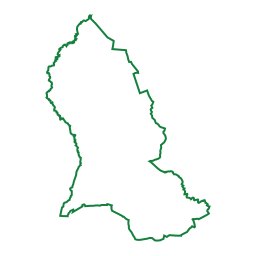 Tancanhuitz, San Luis Potosí, Mexico (Mercator projection)
{"feature_id": "50627088B4540713417928", "entity_name": "Tancanhuitz", "entity_type": "district", "adm_level": 2, "iso_a3": "MEX", "parent_name": "Mexico", "parent_adm1": "San Luis Potosí", "projection": "mercator", "projection_center": [-98.957, 21.641], "detail": "fine", "context": "isolated", "style": "outline", "palette": "green", "viewbox_px": 256, "rotation_deg": 0, "n_neighbors": 0, "source": "geoboundaries", "source_scale": "gbopen_adm2", "svg_char_len": 5657}
<svg xmlns="http://www.w3.org/2000/svg" viewBox="0 0 256 256"><path d="M90.9,16.8L90.5,17.2L90.3,17.0L90.2,16.4L90.6,15.6L90.3,15.4L89.7,15.4L89.1,16.3L88.9,17.4L89.0,18.5L88.7,19.0L85.8,21.0L85.4,21.0L84.2,20.5L83.5,20.5L81.8,22.3L81.4,22.0L80.9,22.1L80.8,22.3L81.1,22.6L80.6,23.8L79.6,23.8L77.4,26.6L77.0,28.4L77.0,29.7L77.5,32.2L78.0,33.8L76.0,34.1L76.2,34.6L76.8,35.0L76.9,35.4L76.6,35.7L75.1,35.9L74.9,36.7L75.7,37.1L75.2,38.6L76.4,39.0L75.7,40.2L74.8,40.0L74.1,40.7L74.0,41.3L74.2,42.1L74.0,42.4L73.5,41.5L72.8,41.5L72.5,41.8L72.6,43.0L72.2,43.2L71.8,42.3L70.8,42.5L70.0,43.2L69.7,42.4L68.7,42.7L67.5,43.4L67.8,43.9L67.6,44.9L67.1,44.9L66.6,45.3L66.4,46.1L65.0,44.6L64.3,44.7L64.1,45.1L63.3,45.5L62.8,46.0L62.6,47.2L60.9,47.8L59.5,48.8L59.2,49.2L59.3,49.5L60.3,49.9L58.2,52.6L57.6,54.1L58.4,55.3L59.5,55.0L59.4,56.3L55.7,57.2L55.7,57.6L56.7,57.2L57.1,57.1L57.5,57.5L57.3,59.3L56.0,59.6L55.3,60.1L55.8,60.9L55.1,61.1L54.7,61.5L54.6,62.4L53.7,63.0L54.1,64.6L53.9,65.4L51.8,65.7L51.0,66.3L50.4,66.5L49.4,66.4L48.7,66.7L48.4,67.6L48.3,70.3L47.8,70.8L47.2,71.9L47.1,72.7L47.4,73.2L48.0,73.3L48.6,73.0L49.1,73.3L49.4,74.3L49.5,76.2L50.1,76.7L50.2,77.3L50.0,78.2L49.0,79.6L48.8,80.4L49.1,80.8L50.2,81.3L51.0,82.3L51.7,82.5L52.0,84.3L51.4,85.5L51.4,86.0L52.1,87.3L51.5,88.3L50.9,88.6L50.4,89.3L50.4,89.9L50.2,90.2L49.1,90.6L49.2,91.0L49.0,91.3L48.5,91.3L47.4,91.9L47.2,92.5L46.6,93.0L46.5,93.7L46.9,94.4L47.1,96.9L46.5,97.4L46.6,97.8L47.7,98.7L49.0,99.1L49.1,99.4L48.8,99.7L49.1,100.3L49.7,100.5L50.3,100.4L50.6,100.7L50.6,102.3L51.0,103.0L51.4,103.0L52.4,102.5L52.5,102.9L52.2,103.5L52.5,104.1L53.0,104.6L53.1,105.1L53.5,105.6L54.3,106.3L54.9,107.3L54.2,109.2L54.1,110.0L54.3,110.6L55.0,110.5L56.5,111.4L56.7,111.6L56.5,112.5L57.5,112.9L57.5,114.1L57.7,114.7L58.1,115.0L58.2,114.7L58.6,114.8L58.9,115.5L59.4,115.5L60.1,115.8L60.2,116.2L59.8,116.9L59.9,117.5L60.3,117.9L60.1,119.3L60.3,119.6L60.6,119.5L60.9,118.5L61.2,118.2L61.7,118.3L62.2,118.9L62.5,118.8L62.6,118.4L63.1,118.4L63.6,119.4L65.0,121.3L65.4,122.2L67.8,123.4L68.3,124.5L70.2,125.9L70.1,126.2L69.6,126.3L70.7,133.2L71.7,134.2L73.2,134.9L74.8,134.8L75.3,135.2L75.1,135.8L74.6,136.1L73.9,136.1L73.7,136.3L73.8,136.6L74.3,136.8L74.4,137.4L74.4,139.0L75.2,139.6L74.8,140.2L74.6,140.8L75.3,140.9L75.4,141.3L74.7,141.8L74.7,142.3L75.7,142.9L76.4,143.8L76.2,145.2L75.8,145.4L78.0,147.7L77.4,148.9L77.3,150.2L77.9,151.0L77.6,151.6L77.7,151.9L77.8,152.1L78.6,152.4L78.7,152.6L78.5,153.0L78.4,153.7L78.9,154.9L78.8,155.7L79.4,156.2L79.7,157.0L80.7,157.7L80.4,158.1L80.8,158.8L80.2,162.0L80.8,163.0L80.4,163.3L80.7,163.9L80.2,164.9L80.4,165.2L80.0,165.3L79.6,166.0L78.7,166.9L78.6,167.5L76.5,171.7L76.1,175.2L73.8,181.6L73.4,183.8L72.5,186.0L72.3,187.3L71.0,187.8L70.4,188.2L70.1,189.0L70.8,190.4L71.8,191.1L71.7,195.3L71.4,195.6L70.8,195.9L70.6,197.3L70.0,197.9L69.5,200.0L68.5,200.3L66.6,202.1L64.3,202.8L63.6,204.0L63.3,206.6L62.0,207.5L60.2,215.8L62.8,216.1L67.6,216.2L67.5,215.6L68.3,214.4L68.5,213.4L69.8,212.0L70.3,211.0L73.3,209.6L73.5,210.1L72.9,212.0L82.4,206.4L82.2,205.7L82.5,204.9L84.2,204.4L84.7,204.8L85.2,206.2L90.2,205.8L93.4,205.8L95.2,205.5L97.7,205.4L100.0,205.7L101.3,205.0L107.0,205.0L107.2,204.1L107.5,204.1L111.8,205.4L111.3,206.4L111.6,207.2L111.4,207.8L111.6,209.3L112.0,210.7L122.2,215.9L122.6,216.6L123.7,216.7L126.2,219.0L128.7,220.1L128.4,221.7L128.4,224.1L128.9,226.0L128.8,227.4L129.0,228.5L129.8,230.1L131.4,232.0L133.3,235.7L134.3,237.0L135.1,239.0L135.4,239.3L137.7,239.9L139.9,239.9L147.1,238.7L149.8,237.9L152.2,238.1L154.9,240.4L157.0,240.6L160.2,240.3L162.1,239.4L163.4,239.0L164.2,235.6L166.8,236.9L169.2,235.3L169.9,235.2L175.5,235.6L181.2,235.7L181.4,234.8L187.0,232.0L189.6,228.5L191.6,227.1L192.1,226.3L194.4,227.3L194.9,226.8L194.5,224.0L193.3,220.3L192.6,219.3L193.0,219.0L194.3,219.2L197.5,218.7L198.7,219.2L204.5,216.2L208.2,214.1L208.9,213.5L207.2,211.0L207.7,209.5L208.6,208.9L209.5,206.5L207.8,206.0L206.9,205.4L207.7,204.3L205.9,202.7L205.5,202.8L204.7,200.2L204.2,200.2L203.5,200.8L203.2,200.6L202.9,201.0L202.0,200.9L201.6,201.1L199.2,202.7L198.5,202.8L198.0,202.3L198.1,199.8L197.9,199.5L194.3,200.3L193.9,199.9L193.9,198.5L193.6,197.8L192.8,197.6L192.3,197.8L191.3,198.9L191.2,199.2L191.0,199.3L190.7,198.7L189.1,197.8L186.8,197.5L186.6,196.8L186.6,195.9L187.3,194.6L187.2,194.0L184.4,194.3L184.4,194.0L184.9,193.1L185.1,192.3L185.0,191.3L184.4,189.9L184.1,189.6L183.6,189.5L184.3,188.5L183.6,188.4L183.7,188.0L182.3,186.5L182.5,185.9L183.1,185.6L182.3,185.0L182.3,184.0L181.8,183.9L182.6,182.4L182.6,181.3L181.0,178.3L180.0,177.8L178.9,176.5L178.6,176.6L178.4,176.3L178.6,176.1L177.5,175.3L175.7,174.3L174.0,174.3L172.9,172.8L173.1,172.3L171.8,171.4L170.7,171.2L169.5,171.5L168.6,171.4L166.2,171.8L166.2,172.2L164.8,172.5L164.5,172.4L164.4,171.9L162.9,171.6L161.1,170.8L159.9,170.1L157.3,168.0L150.8,162.0L149.6,161.3L150.2,161.0L152.9,160.8L155.0,159.7L156.8,159.3L158.7,158.5L159.8,157.6L160.2,157.0L160.0,154.9L160.5,153.1L160.3,150.7L161.2,147.7L161.0,145.0L164.1,142.4L165.0,140.9L165.8,139.1L165.8,137.9L165.4,136.1L165.0,135.2L163.4,132.9L163.5,131.6L164.3,131.0L165.0,128.5L162.4,127.6L161.1,127.3L159.5,126.3L158.7,125.0L157.3,123.6L156.0,123.2L155.5,122.2L154.7,119.9L152.3,117.8L152.0,115.5L150.8,113.7L151.5,113.0L151.9,111.9L151.0,110.6L150.7,109.7L151.0,108.8L152.4,107.9L151.3,105.6L152.3,104.5L153.3,101.8L152.0,101.0L149.5,96.7L148.9,95.6L147.1,90.5L139.9,93.2L133.5,73.9L135.0,73.1L136.8,72.7L138.1,72.9L137.9,71.3L132.2,64.3L130.9,61.8L129.2,62.0L128.3,59.6L127.6,56.3L126.3,52.7L126.0,50.2L112.4,49.1L113.2,44.9L113.7,40.9L107.5,37.4L95.6,23.5L91.2,19.1L90.7,17.7L90.9,16.8Z" fill="none" stroke="#15803d" stroke-width="2"/></svg>